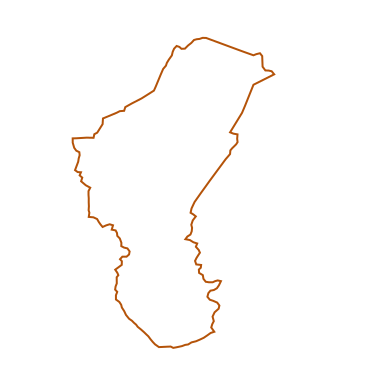 Paripiranga, Bahia, Brazil, rotated 166°
{"feature_id": "56859067B65778580643910", "entity_name": "Paripiranga", "entity_type": "district", "adm_level": 2, "iso_a3": "BRA", "parent_name": "Brazil", "parent_adm1": "Bahia", "projection": "mercator", "projection_center": [-37.888, -10.599], "detail": "fine", "context": "isolated", "style": "outline", "palette": "amber", "viewbox_px": 384, "rotation_deg": 166, "n_neighbors": 0, "source": "geoboundaries", "source_scale": "gbopen_adm2", "svg_char_len": 2613}
<svg xmlns="http://www.w3.org/2000/svg" viewBox="0 0 384 384"><g transform="rotate(166 192 192)"><path d="M261.6,49.5L253.0,47.8L250.1,47.2L247.9,45.3L244.9,45.1L242.3,45.0L239.0,44.9L235.6,45.3L232.6,45.0L228.9,46.2L224.2,46.2L219.9,46.9L215.9,47.7L211.8,49.2L208.0,50.7L204.2,51.0L206.1,55.9L204.3,58.9L202.1,61.4L202.2,66.1L199.2,69.8L194.4,72.3L192.9,75.2L194.3,78.6L197.8,81.3L200.8,83.2L202.4,86.6L200.6,89.9L198.0,91.8L194.5,91.6L191.1,92.6L188.4,95.0L185.5,98.5L188.5,100.0L191.2,99.9L193.8,99.4L197.4,100.3L200.4,101.6L201.9,105.0L201.6,108.7L204.7,111.8L204.1,115.1L201.8,116.4L200.8,119.0L205.4,120.7L205.7,124.4L203.6,126.9L201.3,129.1L199.0,131.2L199.5,134.1L201.5,137.9L199.4,140.8L202.8,142.9L205.7,145.9L209.8,147.8L207.3,149.9L203.8,151.1L201.8,153.9L200.6,157.2L200.6,160.4L198.1,164.3L194.2,167.4L196.2,170.0L198.4,172.2L196.4,176.2L191.9,181.7L183.8,188.7L176.8,194.6L172.1,198.6L151.4,215.7L149.1,217.3L145.9,219.6L144.7,223.1L142.5,224.7L140.1,226.1L137.6,227.6L135.7,229.4L135.3,232.7L133.9,236.9L137.7,238.6L140.6,240.7L124.3,256.7L119.7,262.8L111.7,273.9L106.4,281.2L83.8,286.3L85.5,289.9L88.3,291.3L91.4,292.2L93.2,296.5L91.0,306.9L92.5,310.2L96.2,310.2L99.3,309.8L106.4,314.5L111.6,318.0L141.1,338.1L144.5,339.0L147.7,338.7L150.4,339.1L153.3,339.0L156.6,336.8L160.4,335.1L164.2,332.8L167.6,333.5L169.1,335.8L171.6,337.4L174.7,335.4L176.8,332.7L178.5,329.4L182.4,326.1L185.2,323.3L186.7,320.9L190.2,318.4L193.8,313.7L201.8,302.9L204.4,299.6L213.7,296.5L218.3,295.0L228.9,292.5L236.2,290.5L238.2,287.2L242.5,287.9L246.0,287.1L260.6,284.9L262.3,279.5L269.6,272.5L272.8,271.7L274.4,268.4L281.0,270.2L291.2,272.1L294.8,272.9L295.8,268.7L295.6,263.4L294.3,260.1L291.7,257.9L292.1,254.9L293.8,252.0L295.1,248.9L300.2,241.5L298.1,239.0L295.0,238.0L297.0,235.3L295.0,232.5L297.0,229.2L293.4,224.2L289.7,220.8L292.2,217.9L293.1,214.3L293.7,210.9L294.7,207.0L295.5,203.1L296.7,199.3L296.6,196.7L298.2,192.8L293.8,191.3L290.6,188.7L289.7,185.5L288.6,182.6L287.2,179.7L283.3,180.4L279.7,180.6L276.7,178.8L279.0,174.9L275.4,173.2L274.7,170.4L275.1,167.5L273.3,164.4L272.8,159.8L273.7,156.6L271.4,154.5L268.3,152.9L266.9,149.4L268.2,146.6L271.1,145.1L275.2,146.1L278.1,144.2L276.8,141.8L277.8,138.3L282.4,136.4L285.3,135.2L284.0,131.7L283.6,129.1L285.7,127.5L286.4,124.5L287.1,121.5L289.0,118.8L290.2,115.9L288.7,113.2L290.8,110.2L291.8,106.1L289.1,102.9L288.0,99.7L288.0,96.9L286.6,92.8L285.8,88.7L283.7,84.2L281.4,81.6L280.0,79.2L278.3,76.8L277.3,74.3L274.8,71.0L272.4,67.5L270.8,64.9L269.3,62.6L267.8,59.0L266.3,55.9L264.7,53.1L261.6,49.5Z" fill="none" stroke="#b45309" stroke-width="2"/></g></svg>